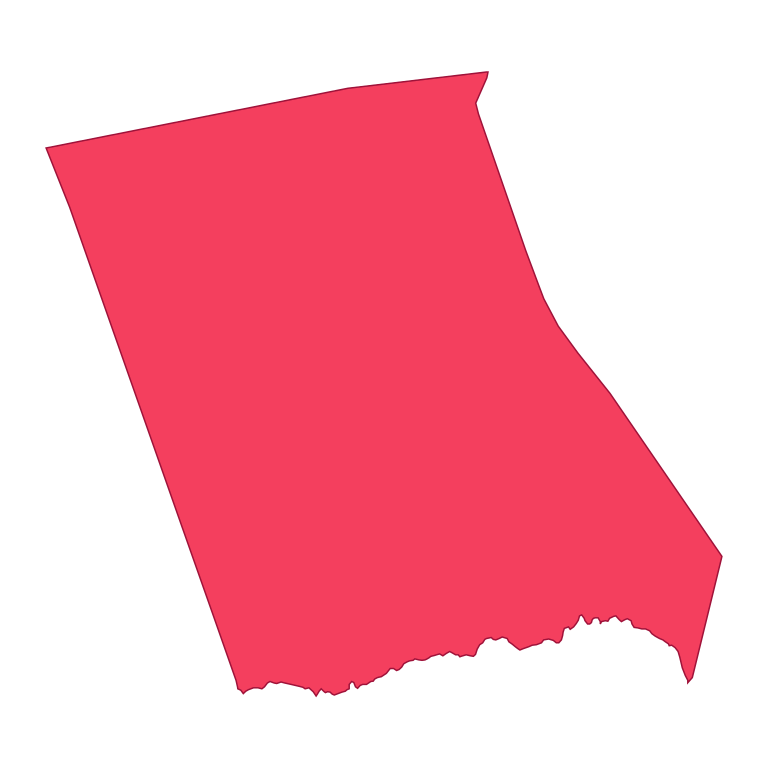 As Sunta, Southern Darfur, Sudan (Robinson projection)
{"feature_id": "16777658B61826891911039", "entity_name": "As Sunta", "entity_type": "district", "adm_level": 2, "iso_a3": "SDN", "parent_name": "Sudan", "parent_adm1": "Southern Darfur", "projection": "robinson", "projection_center": [25.684, 10.668], "detail": "fine", "context": "isolated", "style": "filled", "palette": "rose", "viewbox_px": 768, "rotation_deg": 0, "n_neighbors": 0, "source": "geoboundaries", "source_scale": "gbopen_adm2", "svg_char_len": 2413}
<svg xmlns="http://www.w3.org/2000/svg" viewBox="0 0 768 768"><path d="M488.0,72.0L486.5,72.0L347.8,88.3L46.1,148.0L69.7,207.3L96.2,282.7L181.6,525.6L190.7,551.4L212.7,613.8L236.1,680.5L237.6,687.2L237.8,688.8L240.8,690.2L243.3,693.6L245.8,691.2L248.4,689.7L253.5,687.8L258.1,687.8L261.9,688.8L264.5,686.8L267.4,683.0L270.0,681.5L274.2,683.0L276.7,683.5L281.0,682.0L284.8,683.0L291.1,684.4L299.6,686.4L303.0,687.3L305.1,688.8L308.9,687.8L313.2,691.7L316.1,696.0L317.4,694.1L319.1,691.2L321.2,688.8L324.2,691.7L325.4,692.6L327.6,691.7L330.1,692.1L332.2,694.1L334.3,695.0L342.0,692.1L345.3,691.2L347.0,689.7L349.2,688.8L349.2,684.4L351.7,681.5L353.8,682.5L355.5,686.8L357.6,688.3L360.2,685.4L362.7,684.4L366.5,684.4L370.8,681.5L373.3,681.1L374.6,679.1L377.1,677.7L378.8,677.2L381.3,676.7L386.4,673.3L389.0,670.0L390.2,668.5L393.6,668.5L396.6,670.5L399.1,669.5L401.7,667.1L403.8,663.7L407.2,661.8L409.7,660.8L413.1,660.3L414.8,658.9L419.0,659.9L422.0,660.3L425.0,659.9L427.1,658.9L429.6,657.4L430.5,656.5L432.2,656.0L434.3,655.5L437.2,654.6L439.6,653.9L442.9,655.8L446.3,653.4L449.7,651.5L452.3,652.9L455.6,654.8L458.2,654.8L459.9,656.8L461.1,656.3L466.2,654.8L470.4,655.8L473.4,656.3L475.5,654.4L477.2,649.1L479.7,644.7L482.7,642.8L484.8,639.4L486.5,638.5L491.2,637.5L493.3,639.4L495.8,639.9L499.2,638.5L502.2,637.0L507.2,638.5L508.9,641.8L512.3,644.2L515.3,646.7L517.8,648.6L519.9,650.0L523.3,648.6L528.8,646.7L532.2,645.2L536.4,644.7L541.5,642.8L543.6,639.9L548.7,639.0L553.3,640.4L556.3,642.8L558.8,642.8L561.4,639.9L562.6,635.6L563.1,632.2L564.3,628.4L568.5,626.9L570.2,629.3L573.6,626.9L576.2,623.6L578.3,620.2L579.5,615.9L581.7,614.9L584.2,618.3L585.0,620.7L587.6,624.0L589.7,624.0L591.4,622.6L592.2,619.7L593.5,618.3L595.2,617.8L598.1,617.8L600.3,621.6L600.3,624.0L601.5,621.6L605.3,620.7L607.9,621.2L609.6,618.3L613.8,616.3L615.9,615.9L619.3,619.7L621.4,621.6L624.8,619.7L627.3,618.7L631.1,620.7L632.0,624.0L634.1,627.4L637.9,627.9L641.7,628.9L645.5,628.9L649.7,630.8L650.9,632.4L651.9,633.7L655.2,636.1L659.5,638.5L662.9,639.9L665.4,641.8L668.4,643.8L669.2,645.7L671.7,645.2L675.1,647.6L678.1,651.5L679.8,657.2L682.3,667.8L685.3,675.5L687.8,680.3L687.8,682.7L692.3,677.6L721.4,558.6L721.9,556.4L610.0,393.4L577.9,353.1L558.2,326.1L543.8,298.8L538.8,285.6L525.8,250.8L478.5,114.1L475.7,103.1L477.8,98.4L478.7,96.3L486.8,77.9L487.5,74.6L488.0,72.0Z" fill="#f43f5e" stroke="#9f1239" stroke-width="1.5"/></svg>